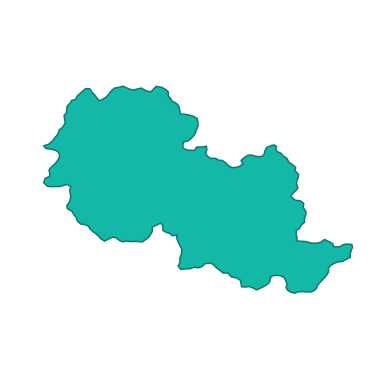 Desterro de Entre Rios, Minas Gerais, Brazil, rotated 255°
{"feature_id": "56859067B72076234647502", "entity_name": "Desterro de Entre Rios", "entity_type": "district", "adm_level": 2, "iso_a3": "BRA", "parent_name": "Brazil", "parent_adm1": "Minas Gerais", "projection": "equal_earth", "projection_center": [-44.277, -20.636], "detail": "fine", "context": "isolated", "style": "filled", "palette": "teal", "viewbox_px": 384, "rotation_deg": 255, "n_neighbors": 0, "source": "geoboundaries", "source_scale": "gbopen_adm2", "svg_char_len": 3367}
<svg xmlns="http://www.w3.org/2000/svg" viewBox="0 0 384 384"><g transform="rotate(255 192 192)"><path d="M275.0,60.9L272.2,61.8L270.8,64.5L269.3,67.9L267.4,71.1L264.9,73.3L261.4,73.7L258.5,71.7L256.2,69.1L254.1,65.8L252.1,62.0L250.2,59.5L247.3,59.4L243.9,58.7L243.2,53.6L239.4,51.2L235.0,53.8L233.2,58.6L232.5,62.2L231.5,65.5L231.6,69.7L231.5,73.7L228.4,76.3L225.2,74.2L222.5,74.1L218.2,73.5L214.3,71.3L211.2,67.5L208.1,67.3L204.5,71.0L200.4,72.2L197.7,73.5L193.6,73.7L189.8,76.2L188.3,80.1L185.8,83.1L182.4,84.1L179.5,86.0L176.3,88.5L173.7,90.3L170.7,91.6L167.2,94.8L168.2,99.5L169.0,103.9L167.3,106.8L164.0,109.4L161.8,112.1L161.7,116.0L160.2,119.1L159.4,122.6L158.6,125.8L156.6,131.0L158.3,135.5L159.7,138.8L162.0,141.2L164.3,143.7L168.4,144.5L169.3,149.4L170.0,153.5L167.7,155.0L165.1,154.7L162.3,154.0L159.6,156.8L157.8,159.7L154.8,161.7L154.4,166.2L151.0,165.3L147.3,165.7L142.9,166.6L139.2,167.3L135.3,166.1L130.9,163.0L127.0,162.2L124.1,159.5L120.1,161.1L119.4,166.1L118.4,170.1L118.8,175.0L117.1,178.3L117.3,182.0L119.3,186.0L118.7,191.3L116.2,194.0L112.5,196.0L109.0,198.7L105.6,201.2L104.4,205.7L99.8,208.0L97.7,212.5L94.3,215.8L90.2,215.6L87.6,215.3L86.4,218.9L85.9,222.6L83.7,226.0L80.8,228.9L81.2,232.3L82.2,237.0L83.4,241.3L85.7,244.3L88.6,245.2L90.2,248.0L89.5,252.5L88.1,256.0L85.4,258.9L81.8,259.7L77.7,259.9L75.4,258.1L72.6,258.9L69.6,261.5L67.7,265.2L68.1,268.6L67.2,273.0L65.8,276.9L64.6,281.7L65.4,285.1L67.1,287.6L69.8,289.5L72.0,292.9L74.1,296.3L76.4,300.1L79.5,303.2L83.0,304.1L85.3,307.0L86.4,311.6L86.7,315.8L85.9,319.3L86.9,323.3L88.0,328.0L91.2,328.9L94.4,330.6L97.1,332.8L99.9,332.8L101.3,329.2L102.1,325.1L101.0,321.1L101.4,317.8L102.4,314.6L105.2,314.7L107.6,312.6L109.7,310.1L111.8,307.8L110.0,303.2L110.5,298.2L111.9,293.8L114.6,289.3L116.5,283.8L117.7,280.4L120.6,281.6L124.5,281.7L128.0,282.9L128.9,286.4L131.7,288.9L133.7,292.9L137.7,293.9L140.5,296.0L143.4,297.0L148.3,295.5L152.2,297.0L155.5,294.3L157.2,289.8L159.8,287.6L162.8,286.6L164.6,288.9L166.3,292.3L168.4,295.3L172.6,295.1L175.2,295.7L177.8,297.9L181.3,299.5L185.9,297.0L189.1,298.5L192.5,296.0L195.6,293.3L200.0,292.3L203.0,289.5L206.4,288.0L208.9,284.7L211.6,283.9L213.9,285.4L216.1,283.8L216.4,280.3L215.7,275.7L212.8,273.0L209.2,271.0L208.3,267.8L209.8,263.1L212.1,259.4L213.1,256.0L211.7,251.3L209.8,247.6L205.7,248.5L204.2,243.4L204.9,237.4L207.8,234.1L211.3,232.2L214.5,229.5L215.9,225.9L218.4,223.5L219.7,218.5L222.9,216.0L226.3,215.3L229.0,217.3L232.3,217.7L233.2,211.8L234.2,208.0L231.5,205.2L232.6,201.7L234.2,197.3L237.0,194.7L240.1,195.5L242.6,197.0L242.4,201.9L244.4,205.8L247.0,209.6L251.1,212.5L254.3,215.0L258.2,215.8L261.7,216.0L264.8,212.8L266.9,209.6L269.0,205.0L270.1,201.1L274.2,201.2L277.8,201.6L280.3,200.7L282.5,199.0L285.0,196.1L288.2,195.5L290.9,193.8L294.6,195.1L297.6,193.3L300.8,190.0L303.3,184.7L301.6,181.8L299.5,178.6L300.7,175.1L303.2,172.3L305.5,169.9L305.6,166.2L305.7,162.2L307.0,159.0L309.4,156.0L312.1,152.6L312.0,148.5L312.4,143.9L310.5,140.1L308.5,137.5L306.1,134.0L304.6,129.7L304.1,126.0L307.8,124.3L311.5,122.9L314.3,121.1L318.0,120.2L319.4,116.1L318.0,113.1L316.5,110.1L314.5,106.3L311.5,103.3L311.6,99.5L309.5,97.3L307.3,93.6L304.3,92.5L301.0,91.5L299.1,88.3L296.1,87.8L292.0,87.6L288.4,84.4L286.0,79.6L282.4,77.2L280.3,74.2L277.5,70.7L275.2,65.8L275.0,60.9Z" fill="#14b8a6" stroke="#0f766e" stroke-width="1.5"/></g></svg>